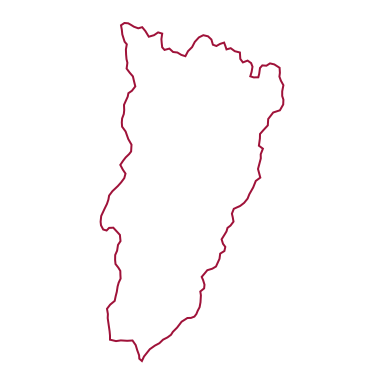 the district of Magda, São Paulo, Brazil
{"feature_id": "56859067B8707426341573", "entity_name": "Magda", "entity_type": "district", "adm_level": 2, "iso_a3": "BRA", "parent_name": "Brazil", "parent_adm1": "São Paulo", "projection": "orthographic", "projection_center": [-50.232, -20.61], "detail": "fine", "context": "isolated", "style": "outline", "palette": "rose", "viewbox_px": 384, "rotation_deg": 0, "n_neighbors": 0, "source": "geoboundaries", "source_scale": "gbopen_adm2", "svg_char_len": 2486}
<svg xmlns="http://www.w3.org/2000/svg" viewBox="0 0 384 384"><path d="M283.4,85.2L280.9,80.7L279.4,76.6L279.9,72.9L279.6,67.8L274.3,64.4L270.0,63.4L266.4,65.7L262.3,65.4L260.0,68.0L259.2,73.8L258.3,77.3L253.7,77.4L250.3,76.3L251.6,71.9L252.5,66.7L251.1,63.1L247.6,60.6L242.9,62.4L240.3,58.9L239.9,52.5L234.8,51.2L230.7,48.2L226.5,49.4L225.4,46.1L224.1,42.6L220.1,43.9L216.4,46.0L212.9,44.7L211.4,39.5L208.0,36.3L203.3,35.2L198.9,37.4L194.8,41.9L192.1,47.1L188.0,51.2L185.4,56.2L181.3,54.9L177.4,52.5L173.1,52.0L169.4,48.6L164.5,49.9L162.2,47.3L161.7,42.9L161.4,39.1L162.2,33.6L158.1,32.4L154.0,35.2L148.8,36.7L145.4,31.1L142.2,27.2L138.2,28.3L133.9,26.7L131.2,25.0L128.2,23.3L124.4,23.0L121.0,25.3L121.8,29.6L122.3,34.4L124.6,41.7L126.8,44.3L125.9,49.4L126.1,54.6L126.5,59.1L127.4,62.8L126.6,68.6L129.8,72.8L132.9,76.4L133.8,80.3L135.3,86.4L131.9,90.8L128.4,93.2L127.7,96.7L125.6,101.3L124.0,104.9L124.2,110.3L123.8,114.0L122.1,118.5L121.8,122.6L122.1,126.7L125.6,131.5L128.3,139.1L131.5,144.7L131.1,151.5L129.1,154.1L125.7,157.4L123.2,160.6L120.3,164.9L122.8,169.6L125.5,173.6L124.3,178.1L121.1,182.4L117.8,186.1L112.4,191.2L109.1,195.6L108.4,199.6L107.0,203.8L104.6,208.7L101.2,216.0L100.6,221.8L101.0,225.3L103.2,229.5L106.6,230.5L109.1,227.9L113.3,227.7L119.9,234.9L120.5,241.1L118.0,244.9L117.1,250.7L115.2,255.0L115.1,259.9L115.5,264.0L118.3,267.6L120.3,270.9L120.4,274.9L120.6,278.6L118.7,282.6L117.6,286.5L116.8,291.8L115.7,296.1L114.7,300.9L110.2,304.6L107.0,308.8L107.9,314.1L107.7,318.1L109.6,331.3L110.0,335.6L110.0,339.7L116.0,341.1L120.8,340.4L127.1,340.8L132.5,340.5L135.7,345.1L137.2,350.1L139.1,355.3L139.3,358.7L141.9,361.0L144.0,356.5L149.8,349.2L154.9,345.6L159.4,343.2L163.0,339.7L167.5,337.4L171.0,334.8L172.9,331.8L177.1,327.6L181.6,321.7L184.6,319.8L187.4,318.0L191.0,317.9L194.4,316.6L196.4,314.0L197.7,310.8L199.6,307.2L200.5,302.2L200.9,295.3L200.3,291.5L204.1,288.4L204.5,284.7L203.1,280.1L201.7,276.9L205.0,273.0L207.3,270.2L212.3,268.7L216.0,266.5L219.5,258.8L220.2,253.6L224.4,251.0L225.3,246.9L223.0,243.8L221.6,239.3L224.7,234.4L226.5,231.4L227.5,227.9L230.5,225.6L233.5,221.6L232.7,217.1L231.9,213.7L233.8,208.8L240.2,205.9L244.1,202.9L247.6,198.6L249.3,194.3L253.2,187.4L255.8,180.9L260.3,177.6L258.0,169.0L260.8,158.4L260.7,154.3L262.9,148.7L258.9,145.7L259.9,138.5L260.0,134.0L263.6,129.9L267.8,125.4L268.2,119.0L273.2,112.5L279.9,110.3L283.2,104.5L283.4,99.7L282.2,96.0L282.2,91.3L283.4,85.2Z" fill="none" stroke="#9f1239" stroke-width="2"/></svg>